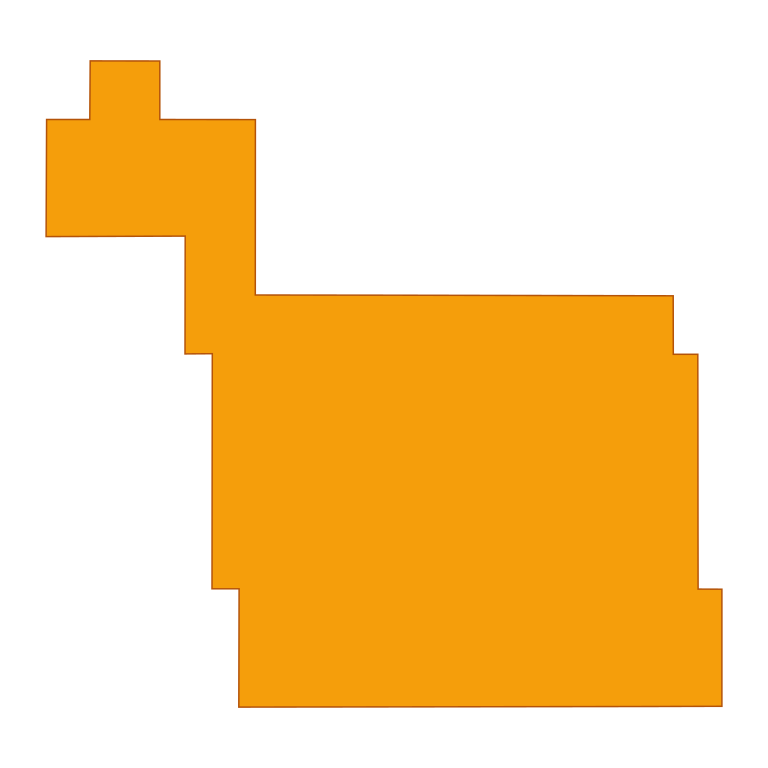 the district of Ward, North Dakota, United States of America
{"feature_id": "52423323B63405803062554", "entity_name": "Ward", "entity_type": "district", "adm_level": 2, "iso_a3": "USA", "parent_name": "United States of America", "parent_adm1": "North Dakota", "projection": "robinson", "projection_center": [-101.622, 48.327], "detail": "fine", "context": "isolated", "style": "filled", "palette": "amber", "viewbox_px": 768, "rotation_deg": 0, "n_neighbors": 0, "source": "geoboundaries", "source_scale": "gbopen_adm2", "svg_char_len": 437}
<svg xmlns="http://www.w3.org/2000/svg" viewBox="0 0 768 768"><path d="M159.8,61.0L90.2,60.9L89.8,119.5L46.6,119.5L46.1,236.6L185.2,236.1L185.0,353.9L212.3,353.7L212.0,588.8L239.1,588.8L238.8,707.1L652.9,706.5L721.9,706.3L721.9,589.2L698.1,589.1L698.0,530.7L697.9,413.6L697.8,354.3L673.3,354.3L673.2,295.8L533.8,295.5L394.3,295.2L255.3,295.0L255.4,119.6L159.8,119.5L159.8,61.0Z" fill="#f59e0b" stroke="#b45309" stroke-width="1.5"/></svg>